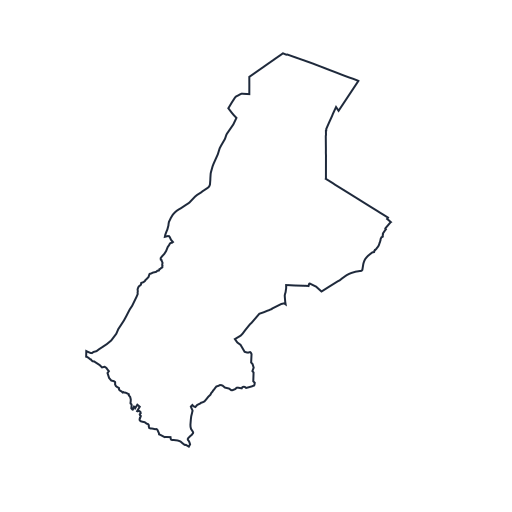 Sahuayo, Michoacán, Mexico (Albers equal-area conic projection), rotated 301°
{"feature_id": "50627088B51707940483337", "entity_name": "Sahuayo", "entity_type": "district", "adm_level": 2, "iso_a3": "MEX", "parent_name": "Mexico", "parent_adm1": "Michoacán", "projection": "albers", "projection_center": [-102.785, 20.048], "detail": "fine", "context": "isolated", "style": "outline", "palette": "slate", "viewbox_px": 512, "rotation_deg": 301, "n_neighbors": 0, "source": "geoboundaries", "source_scale": "gbopen_adm2", "svg_char_len": 5948}
<svg xmlns="http://www.w3.org/2000/svg" viewBox="0 0 512 512"><g transform="rotate(301 256 256)"><path d="M458.8,253.6L458.8,253.4L458.6,252.0L457.9,247.9L457.0,243.9L456.2,239.7L455.5,235.8L454.8,231.6L454.1,227.6L453.4,223.8L450.7,208.3L450.3,205.9L444.8,179.0L444.2,178.4L444.0,177.3L443.8,176.1L443.6,174.7L441.7,173.9L436.0,171.3L406.1,158.0L399.0,162.3L391.3,166.9L388.3,161.2L387.9,160.3L387.5,159.9L386.2,159.0L384.4,158.0L382.6,156.8L381.9,156.6L381.0,156.4L375.3,156.2L370.2,156.2L368.4,156.2L366.4,161.2L365.3,164.4L364.3,168.1L357.1,168.8L345.7,168.1L344.5,168.2L341.3,168.9L340.0,169.1L333.1,169.2L331.0,169.3L329.6,169.4L326.7,170.1L325.5,170.4L323.4,170.9L313.4,172.1L310.5,172.6L304.7,174.2L303.3,174.7L299.4,176.7L297.6,177.7L293.6,179.7L292.6,179.9L291.9,180.0L290.6,179.9L289.3,179.4L283.9,176.8L282.2,176.2L278.1,174.1L275.6,173.2L270.7,172.1L267.5,171.4L266.1,170.8L263.7,169.6L258.2,167.0L256.1,165.8L254.0,164.8L251.9,164.1L249.7,163.6L248.2,163.4L246.7,163.4L244.7,163.4L242.8,163.6L240.4,163.8L238.3,164.6L237.1,165.2L232.9,166.4L230.6,166.7L227.5,167.3L225.5,168.0L226.6,169.1L227.3,169.7L228.2,171.2L227.7,172.5L226.8,173.8L226.1,174.8L225.2,177.6L224.0,177.1L223.7,176.6L222.9,176.0L222.4,175.8L220.4,175.9L218.3,175.7L213.9,176.4L210.5,176.3L207.7,175.7L206.4,175.5L205.1,175.4L204.4,175.8L203.8,176.3L203.9,177.1L203.1,177.9L202.2,179.2L201.8,179.5L201.2,179.7L200.4,180.0L199.9,180.3L199.6,180.8L199.0,180.9L198.3,181.5L197.6,181.4L196.9,180.9L195.7,180.6L194.9,180.0L194.3,180.2L193.4,180.2L192.7,179.1L192.1,178.9L191.2,178.7L190.7,178.3L188.7,176.2L187.1,175.2L186.5,174.7L186.0,174.1L185.6,174.0L182.6,174.7L179.6,174.0L178.4,173.6L177.5,173.7L175.6,173.0L173.8,171.5L172.3,172.1L171.4,172.0L170.2,171.4L168.9,171.2L167.6,171.4L166.4,171.7L165.6,172.3L164.8,172.9L163.7,173.3L162.9,173.9L162.4,174.2L159.6,174.6L149.5,175.5L145.4,175.3L141.9,175.5L137.5,175.8L132.8,176.0L127.0,175.8L122.5,175.6L117.4,176.3L109.0,175.4L103.6,173.5L95.5,169.6L92.3,168.3L90.0,166.1L88.3,165.4L87.7,164.2L87.5,163.1L87.2,160.9L87.1,159.5L82.2,162.3L82.5,163.6L82.4,165.1L82.1,167.1L82.3,167.9L81.9,168.6L81.7,169.5L81.7,170.5L82.3,171.7L82.2,172.6L82.0,178.2L81.2,181.4L83.1,183.3L83.0,185.4L82.1,187.4L81.5,189.2L79.2,189.0L75.8,192.9L74.7,196.1L75.5,198.6L75.4,200.1L74.5,200.8L73.6,201.1L73.0,201.9L72.4,202.8L72.2,204.1L72.2,205.4L72.3,206.4L71.8,206.9L71.0,207.4L70.7,208.2L70.6,209.5L70.7,210.5L70.3,212.0L71.0,212.4L70.9,212.9L71.6,214.4L71.8,215.5L72.0,218.2L71.1,218.7L70.7,219.8L70.4,220.7L69.9,221.2L68.9,222.2L68.3,222.7L66.6,223.6L65.2,224.2L64.9,224.6L64.8,225.4L64.6,225.8L63.9,226.3L61.2,227.6L60.7,229.3L60.8,229.5L61.1,229.5L61.1,229.4L64.1,229.0L64.1,229.4L63.3,230.8L67.4,230.9L66.9,234.0L61.8,234.0L61.8,234.4L62.3,234.8L62.6,235.2L63.0,235.8L62.9,237.1L62.3,237.6L62.0,238.1L60.4,237.9L59.8,238.6L59.5,239.7L57.5,240.1L57.4,239.9L56.9,240.1L56.3,240.2L55.5,240.7L55.1,241.6L55.0,242.4L55.5,244.2L56.1,245.8L56.2,246.7L56.1,247.5L56.0,248.1L56.0,248.8L56.3,250.0L56.2,250.4L56.0,250.9L55.6,251.4L55.0,251.6L53.6,253.0L53.8,254.3L54.2,255.0L54.8,256.3L55.6,258.8L56.3,259.6L56.4,260.3L56.0,261.4L55.4,262.2L54.1,264.1L53.2,264.8L53.4,265.9L53.7,271.0L54.2,271.5L56.7,276.0L55.4,277.0L54.9,277.7L55.0,278.6L55.4,279.5L55.8,280.0L56.2,280.9L56.8,282.3L57.3,283.3L57.7,284.6L58.1,286.8L57.9,288.1L57.7,289.1L57.4,291.5L57.4,292.3L57.6,292.8L58.0,293.1L58.0,296.6L60.6,296.5L62.1,294.8L62.9,293.5L63.3,292.4L63.9,291.8L64.9,291.7L67.8,292.4L69.8,293.1L70.6,293.1L71.6,293.3L72.4,293.0L72.9,292.3L74.3,289.4L75.8,287.9L77.6,286.7L82.4,284.3L85.3,283.0L88.6,282.0L89.7,281.6L90.6,281.4L91.3,280.6L92.3,279.1L93.0,278.2L93.4,277.7L95.5,278.2L95.0,279.7L95.3,281.8L98.0,282.3L101.1,284.3L101.8,284.4L103.1,285.6L104.8,286.7L107.7,287.2L110.8,287.6L112.6,288.1L113.6,288.4L115.4,288.2L116.6,288.4L117.5,288.6L118.6,288.5L119.8,288.8L122.2,289.0L123.3,289.2L123.7,289.2L125.5,290.8L126.6,291.4L127.3,292.4L127.7,294.1L127.2,297.1L128.5,301.2L128.2,303.9L128.9,305.0L131.3,306.8L133.0,307.2L133.8,308.2L135.2,311.9L136.5,311.9L137.1,312.3L137.7,313.0L138.0,314.1L137.8,315.5L142.2,319.7L143.2,320.4L143.8,321.0L144.8,321.0L146.7,320.2L147.2,318.2L154.9,313.9L155.5,312.2L159.1,311.5L161.6,308.7L162.2,306.7L169.6,302.7L170.5,301.3L170.6,300.4L169.1,299.0L168.6,297.9L168.0,295.6L171.9,288.5L172.2,284.9L172.3,284.4L173.9,280.7L179.9,283.9L182.5,284.5L187.4,285.0L194.4,286.0L196.4,286.6L208.2,288.6L212.0,291.8L214.9,293.9L216.4,295.2L217.7,296.0L218.5,296.8L219.1,296.8L227.9,302.4L229.9,304.5L229.8,306.3L231.7,304.7L235.3,302.1L236.9,301.0L238.2,300.5L240.2,300.0L242.3,299.1L244.0,298.4L246.6,296.8L248.1,299.5L250.4,303.9L256.9,315.5L257.3,316.5L259.5,315.9L259.9,316.0L260.1,316.3L260.5,321.2L260.7,323.3L259.3,330.4L260.0,330.8L267.0,334.3L276.4,339.1L278.3,340.3L279.7,340.8L281.6,341.5L282.4,341.9L284.1,342.6L286.3,343.6L288.6,345.0L290.6,346.5L294.0,349.6L295.3,351.2L296.6,352.7L297.2,353.6L297.8,354.1L298.9,354.3L304.4,352.1L305.8,351.7L307.9,351.3L309.8,351.2L311.9,351.5L313.8,351.9L316.6,352.9L319.1,353.9L319.7,354.7L320.2,355.2L320.7,355.1L321.3,354.8L321.9,354.8L322.4,354.8L322.5,355.1L324.3,355.5L325.1,355.5L326.1,355.7L328.1,355.8L330.1,355.4L330.6,355.3L331.1,355.1L331.8,355.1L332.2,355.0L333.0,354.7L333.7,354.6L334.6,354.1L336.7,353.9L337.1,354.2L337.5,354.5L337.9,354.7L338.9,354.0L339.8,353.8L340.1,353.4L340.9,353.2L344.5,353.4L345.7,353.6L345.8,353.2L346.1,352.7L346.4,352.7L346.8,352.7L352.0,353.6L354.3,354.0L354.5,354.1L354.9,351.9L355.2,350.1L355.3,349.3L356.3,349.4L356.9,349.4L357.0,343.0L357.0,339.9L357.1,336.8L357.2,328.1L357.6,304.7L357.8,288.8L357.8,287.2L358.0,284.4L358.0,283.8L358.1,276.1L358.5,276.1L359.0,275.7L365.0,272.1L377.2,264.8L377.6,264.6L380.5,262.7L383.4,261.0L394.8,254.0L395.3,253.8L395.7,253.7L399.4,251.4L399.7,251.6L401.1,250.8L408.0,249.9L415.1,249.1L417.5,248.7L424.9,247.9L423.0,252.0L458.8,253.6Z" fill="none" stroke="#1e293b" stroke-width="2"/></g></svg>